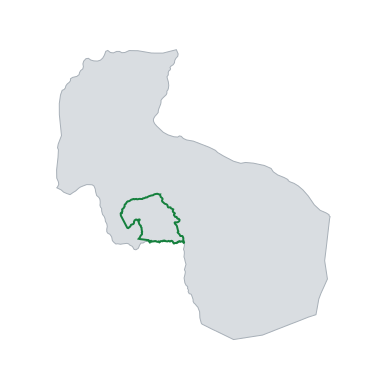 where Concepción sits in Paraguay, rotated 172°
{"feature_id": "PRY-603", "entity_name": "Concepción", "entity_type": "Department", "adm_level": 1, "iso_a3": "PRY", "parent_name": "Paraguay", "parent_adm1": "", "projection": "robinson", "projection_center": [-57.042, -22.793], "detail": "fine", "context": "in_parent", "style": "outline", "palette": "green", "viewbox_px": 384, "rotation_deg": 172, "n_neighbors": 0, "source": "natural_earth", "source_scale": "10m", "svg_char_len": 7855}
<svg xmlns="http://www.w3.org/2000/svg" viewBox="0 0 384 384"><g transform="rotate(172 192 192)"><path d="M201.1,72.4L201.8,75.1L202.2,77.1L203.3,78.6L204.4,80.5L205.4,81.6L206.1,83.4L205.9,85.5L206.4,88.2L206.9,90.5L207.4,91.1L208.9,91.7L209.7,93.8L209.2,94.9L209.4,96.1L209.9,97.3L209.4,98.4L209.7,99.3L210.7,100.1L211.7,103.0L211.8,108.0L210.7,110.7L209.9,112.9L209.7,114.2L210.3,116.1L209.3,118.4L208.0,121.2L208.3,123.2L208.5,125.0L208.6,126.9L209.0,128.8L208.5,130.7L208.1,132.4L207.9,134.4L208.4,136.5L207.5,138.6L207.0,140.1L206.8,141.5L207.7,143.8L210.1,144.8L212.0,145.1L213.8,143.8L215.2,143.5L217.7,144.6L220.0,146.5L222.9,146.8L225.6,147.1L227.6,147.7L230.5,147.0L233.5,147.7L237.1,148.8L240.1,149.8L243.0,149.5L245.2,149.4L247.5,148.3L249.7,148.5L251.4,146.5L252.3,144.8L253.2,143.6L255.6,142.6L257.3,143.2L258.6,146.4L261.1,148.2L262.0,149.5L263.8,150.2L267.7,150.3L270.1,150.2L272.8,151.1L274.6,151.1L276.2,152.8L277.6,154.9L277.8,158.7L279.2,161.6L281.0,162.7L281.9,164.5L281.6,167.0L280.7,169.6L280.8,172.4L281.8,174.9L281.8,177.5L282.4,180.0L283.7,182.2L284.1,185.8L283.8,188.3L284.7,189.8L285.0,191.8L284.5,193.5L284.2,195.8L284.3,197.9L285.0,199.6L286.9,201.8L287.4,205.7L287.4,208.4L288.2,211.5L289.8,213.0L292.3,213.5L295.2,214.0L298.8,213.2L301.9,212.4L303.7,211.5L307.1,209.2L310.2,207.9L311.8,207.0L313.2,206.4L316.2,207.9L319.1,209.7L321.3,212.3L325.3,215.0L324.5,215.7L322.9,218.0L322.9,220.7L324.0,224.6L323.0,232.7L319.8,245.2L318.4,252.4L319.0,254.5L317.8,258.1L313.4,266.0L313.2,271.2L312.6,287.0L311.1,298.1L308.7,306.4L306.4,310.8L304.4,311.3L303.0,312.6L302.1,314.7L300.5,316.4L298.1,317.8L296.8,319.3L296.6,321.0L294.3,322.1L290.0,322.5L287.5,323.9L286.7,326.0L285.3,327.8L283.1,329.0L282.1,331.2L282.2,334.1L281.0,336.7L278.4,338.8L276.0,338.8L273.9,336.8L271.0,335.5L267.3,334.8L264.3,335.3L261.8,337.0L259.7,339.7L257.8,343.3L255.7,343.9L253.4,341.5L250.5,340.7L247.0,341.7L244.2,341.3L242.1,339.7L238.9,339.5L234.5,340.8L225.8,339.4L212.6,335.2L201.4,333.6L187.7,335.1L186.5,330.7L187.2,328.4L189.4,326.6L190.8,324.6L191.4,322.4L192.9,320.7L195.4,319.5L196.5,318.3L196.1,317.1L196.6,316.0L198.1,315.1L198.9,313.7L199.1,311.7L199.6,310.7L200.6,309.9L200.7,308.6L200.1,304.3L200.2,300.8L200.9,298.1L201.7,296.4L202.3,296.0L202.9,295.1L203.1,293.4L204.0,291.9L208.4,288.7L210.0,287.0L210.1,285.5L210.8,283.4L213.4,278.8L214.2,276.7L214.3,275.7L215.2,274.6L218.3,272.0L220.0,269.7L220.3,267.5L219.5,264.9L217.7,262.1L212.1,255.1L207.8,251.9L202.2,249.2L198.5,248.4L196.7,249.3L194.9,248.6L193.1,246.2L190.1,244.3L183.6,242.2L168.9,234.0L163.0,230.0L161.1,227.5L155.6,223.1L146.6,216.7L139.7,213.6L134.9,213.8L127.1,212.0L116.5,208.1L110.4,204.3L108.7,200.7L104.8,197.0L98.6,193.4L95.3,191.0L95.1,189.8L93.3,188.3L89.8,186.4L86.0,183.3L81.9,178.7L77.4,171.8L72.7,162.3L67.6,156.0L62.2,152.7L59.5,150.5L59.5,149.4L58.7,148.4L59.4,146.6L61.3,139.4L64.0,129.0L66.8,118.2L70.2,105.5L70.1,96.5L70.0,87.0L74.9,79.2L78.4,73.7L81.3,68.4L84.3,59.3L86.3,53.3L94.2,51.9L107.4,48.7L114.0,47.2L127.9,43.9L142.1,40.5L157.0,40.3L171.4,40.1L182.5,47.6L191.1,53.3L200.4,59.7L201.1,61.0L201.7,66.3L201.1,72.4Z" fill="#d9dde1" stroke="#a8b0b8" stroke-width="1"/><path d="M207.2,142.8L207.5,143.1L207.8,143.7L208.2,144.2L209.3,144.6L209.6,144.6L210.2,144.3L210.4,144.3L210.7,144.4L211.1,145.0L211.3,145.1L211.7,145.0L212.2,144.5L212.5,144.6L212.8,144.6L213.1,144.6L213.4,144.4L213.4,144.1L213.4,143.9L213.5,143.8L213.9,143.9L214.1,143.9L214.7,143.6L215.1,143.7L215.5,143.8L216.2,143.8L216.5,143.7L216.8,143.6L217.0,143.5L217.3,143.7L217.8,145.1L218.2,145.9L218.6,146.3L219.1,146.5L219.9,146.4L220.2,146.2L220.3,146.1L220.5,146.1L220.9,146.1L221.1,146.2L221.8,146.8L223.1,146.5L223.3,146.5L224.0,146.7L224.3,146.8L224.8,146.9L225.8,147.7L226.0,147.7L226.2,147.4L226.4,147.5L226.9,147.8L227.3,147.8L227.4,147.6L227.5,147.4L228.0,147.3L229.4,147.7L230.1,147.6L230.8,146.9L231.3,146.7L231.4,146.9L231.5,147.4L231.7,147.6L232.0,147.7L232.4,147.4L232.7,147.4L233.2,147.5L234.1,147.9L234.4,148.0L234.5,148.3L235.2,148.5L235.4,148.6L235.6,148.6L235.8,148.5L236.2,148.4L237.2,148.5L237.7,148.4L238.5,148.7L238.8,148.7L239.2,148.5L239.2,149.0L239.3,149.2L239.6,149.1L239.9,149.2L240.4,149.5L240.8,149.5L241.1,148.5L241.5,149.1L241.8,150.0L241.9,150.5L242.6,150.6L243.1,150.4L243.3,150.8L250.0,152.6L251.3,153.1L251.2,153.2L250.5,153.7L250.3,153.8L248.9,155.9L248.7,156.1L247.7,156.8L247.5,157.0L247.4,157.2L247.3,157.4L247.3,157.7L247.4,158.5L247.4,158.8L247.3,159.0L247.0,159.2L246.9,159.4L246.9,159.7L247.1,160.4L247.1,160.6L247.0,161.3L247.1,162.0L247.1,162.4L247.0,162.8L247.0,163.1L246.9,163.5L247.0,163.8L247.1,164.1L247.4,164.5L247.5,164.8L247.5,165.0L247.4,165.6L247.4,165.8L247.6,166.0L247.8,166.1L247.9,166.3L248.1,166.5L248.4,167.0L248.7,167.7L248.9,169.2L249.1,169.9L249.1,170.3L248.9,170.5L248.2,171.0L247.8,171.5L247.7,172.0L247.8,172.1L248.1,172.1L248.5,172.1L249.1,172.1L249.3,172.0L249.4,171.9L249.7,171.7L249.8,171.6L250.0,171.6L250.2,171.8L250.5,172.1L250.7,172.3L250.9,172.4L251.1,172.5L251.3,172.5L251.5,172.5L251.7,172.4L252.3,172.1L252.6,172.0L252.8,171.9L253.1,171.3L253.5,170.8L253.6,170.6L253.6,170.4L253.7,169.7L253.8,169.5L253.9,169.2L254.0,169.0L254.2,168.8L254.4,168.6L254.6,168.5L254.8,168.4L256.4,168.1L256.6,168.1L256.9,167.9L257.1,167.8L257.2,167.6L257.4,167.3L257.8,166.7L258.0,166.4L258.3,166.2L258.7,166.1L258.8,166.0L259.0,165.9L259.8,165.3L259.9,165.2L260.1,165.1L260.4,165.2L260.9,165.4L261.1,165.6L261.2,165.8L265.7,178.5L265.7,179.1L265.6,180.4L265.6,180.7L265.5,180.8L265.4,181.0L265.1,181.0L264.9,181.0L264.6,180.8L264.4,180.8L264.2,181.1L264.2,181.3L264.2,181.5L264.3,181.9L264.2,182.0L263.9,182.2L263.8,182.3L263.7,182.5L263.6,182.9L263.6,183.1L263.6,183.4L263.7,183.9L263.7,184.2L263.6,184.4L263.5,184.6L262.3,185.3L262.0,185.5L261.9,185.6L261.7,185.9L261.6,186.2L261.4,186.4L261.1,186.6L260.9,186.8L260.8,187.0L260.7,187.1L260.7,187.3L260.6,188.2L260.5,188.6L260.4,188.8L260.2,189.0L259.2,189.5L258.8,190.0L258.5,190.5L258.1,190.8L257.7,191.3L256.9,191.7L256.7,191.7L256.3,191.7L256.0,191.6L254.7,192.0L253.3,192.8L253.1,192.9L252.8,192.9L252.3,192.9L251.3,193.2L250.9,193.2L250.6,193.2L250.4,192.9L250.1,192.8L249.7,192.8L248.9,192.9L248.5,192.9L248.1,192.9L247.4,192.4L247.1,192.4L246.6,192.4L244.8,192.5L243.2,192.1L242.4,192.0L242.1,192.0L241.9,192.1L241.7,192.3L241.5,192.5L241.2,192.6L240.2,192.5L239.8,192.6L239.4,192.7L238.8,193.0L238.6,193.1L238.3,193.1L238.1,193.0L237.9,192.9L237.5,192.9L237.3,192.9L237.1,193.0L236.8,193.2L236.6,193.3L235.2,193.8L232.9,194.2L231.5,194.2L231.1,194.2L230.9,194.3L230.4,194.6L229.7,194.9L229.4,194.9L229.1,195.0L227.0,195.1L226.8,195.1L226.4,195.0L226.3,194.9L225.4,194.5L225.3,194.4L225.1,194.3L224.7,194.1L223.9,194.0L224.1,193.6L224.1,193.4L223.9,193.0L223.7,191.9L223.7,191.6L223.6,191.4L223.2,191.0L222.9,190.6L222.4,190.1L222.2,189.7L222.1,189.2L222.2,188.9L222.4,188.7L222.6,188.2L222.8,187.8L222.9,187.6L222.8,186.8L222.7,186.6L222.2,186.0L221.9,185.8L221.1,184.7L220.8,184.4L220.6,184.2L219.4,183.6L218.8,183.2L218.3,182.6L218.1,182.0L218.1,181.3L218.0,180.7L217.8,180.2L217.2,179.9L215.9,179.9L215.4,179.7L215.2,179.0L214.9,178.6L213.5,177.8L213.0,177.4L213.7,175.9L213.6,175.1L213.1,174.5L212.1,173.5L212.0,173.1L212.3,172.8L212.8,172.5L213.0,172.1L213.1,171.6L212.9,171.3L212.6,170.8L212.4,170.2L212.1,169.7L211.8,169.6L211.1,169.6L210.8,169.5L210.6,169.0L210.4,168.2L210.2,167.8L210.0,167.6L209.2,167.4L208.9,167.3L208.2,166.1L208.6,165.0L209.7,164.3L211.1,164.0L212.5,164.3L213.2,164.3L213.5,163.9L213.3,163.1L213.0,162.5L212.2,161.5L211.7,160.4L211.3,156.2L211.1,155.4L211.0,155.0L211.2,154.7L211.8,154.1L211.7,153.7L210.2,151.7L209.9,150.5L209.6,150.1L209.0,149.9L208.2,149.9L207.7,149.7L207.4,149.3L207.2,148.4L207.0,147.6L207.4,145.3L207.1,144.7L206.9,143.1L207.2,142.8L207.2,142.8Z" fill="none" stroke="#15803d" stroke-width="2"/></g></svg>